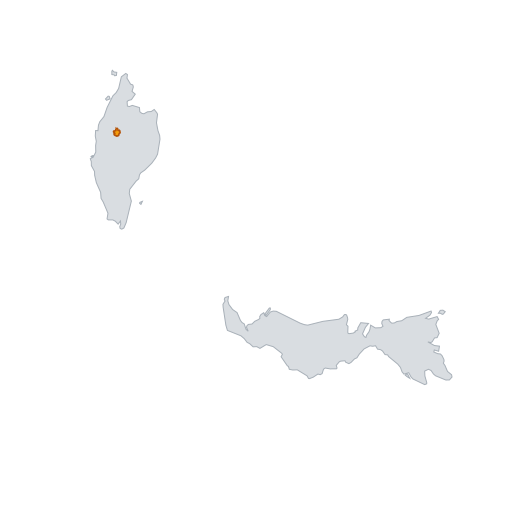 location of Cameron Highlands, Pahang, Malaysia, rotated 39°
{"feature_id": "92858781B10772357278230", "entity_name": "Cameron Highlands", "entity_type": "district", "adm_level": 2, "iso_a3": "MYS", "parent_name": "Malaysia", "parent_adm1": "Pahang", "projection": "mercator", "projection_center": [101.433, 4.47], "detail": "fine", "context": "in_parent", "style": "filled", "palette": "amber", "viewbox_px": 512, "rotation_deg": 39, "n_neighbors": 0, "source": "geoboundaries", "source_scale": "gbopen_adm2", "svg_char_len": 5135}
<svg xmlns="http://www.w3.org/2000/svg" viewBox="0 0 512 512"><g transform="rotate(39 256 256)"><path d="M445.3,254.7L442.4,254.1L438.4,251.7L434.2,250.8L422.3,250.7L420.6,250.0L418.3,251.4L414.1,250.2L411.7,250.4L409.1,251.9L405.4,250.5L403.5,252.7L401.1,254.1L398.5,260.1L398.0,267.2L398.5,271.6L397.3,274.0L396.8,279.0L395.9,281.2L392.5,282.1L391.1,281.4L388.0,284.4L387.3,285.7L387.2,290.5L389.5,292.1L389.5,293.1L384.6,297.1L380.3,299.5L379.7,301.5L381.4,305.8L380.6,307.8L378.4,308.8L376.7,314.2L374.7,317.7L373.9,318.1L371.0,317.0L359.7,318.5L356.4,321.4L353.2,323.1L350.7,321.4L349.4,321.6L338.9,318.5L338.4,315.9L337.4,315.4L326.5,315.6L319.7,318.4L317.2,325.3L313.6,326.0L310.9,328.4L306.2,328.1L303.4,328.7L298.8,327.6L294.5,327.5L280.6,331.8L276.1,328.7L262.6,316.4L260.7,314.3L260.3,310.5L258.8,309.8L258.3,308.9L258.1,307.7L260.1,304.7L262.3,308.6L265.6,310.8L271.5,312.3L276.9,311.9L284.5,315.9L287.0,316.5L289.6,316.2L294.4,319.3L297.3,319.4L293.4,317.3L292.8,315.6L293.2,313.9L295.7,311.4L296.1,307.6L297.9,303.8L298.3,302.1L297.0,300.7L296.7,298.4L297.7,295.2L300.3,296.8L302.4,296.4L302.4,290.5L304.0,288.0L306.6,286.2L332.6,280.4L336.8,278.9L339.7,277.2L349.1,264.7L360.2,253.0L361.7,248.8L361.6,245.9L362.3,245.2L363.5,244.8L365.9,246.3L367.2,247.5L369.5,252.5L371.7,252.7L375.3,257.5L376.2,258.1L377.2,257.8L380.1,254.7L380.9,252.4L380.3,252.1L381.6,249.5L380.4,247.8L379.4,241.9L385.9,237.6L385.9,242.5L387.8,249.5L391.0,250.5L392.7,250.1L391.8,248.0L391.5,243.8L390.6,241.1L388.6,237.6L394.0,236.8L398.2,233.1L398.9,230.7L396.2,229.3L395.1,227.5L395.1,225.6L399.4,221.2L399.9,222.4L402.6,222.8L403.9,222.7L405.7,220.9L406.7,218.3L410.0,214.6L411.8,208.8L420.1,199.6L426.7,188.6L428.0,189.5L428.4,192.5L427.0,197.7L429.9,196.4L434.9,189.1L437.8,190.3L437.6,192.3L438.8,196.0L447.0,200.8L448.1,205.5L446.3,207.3L446.9,211.8L446.3,213.3L443.6,214.6L451.0,213.3L455.3,210.6L457.9,215.1L453.7,216.8L454.6,218.7L458.6,217.6L461.0,216.1L463.4,216.4L467.2,218.2L468.3,219.3L469.1,221.4L471.8,222.2L477.5,225.2L482.7,225.2L484.5,226.7L484.3,230.6L481.6,232.9L470.9,236.1L468.1,236.0L464.1,234.8L461.3,235.5L459.5,239.3L462.8,243.0L468.3,246.9L469.1,247.9L468.0,249.8L455.4,252.8L452.8,252.5L448.1,250.6L445.3,254.7ZM38.6,201.5L39.9,196.1L41.9,195.9L43.8,199.0L50.4,201.4L52.5,200.6L53.4,201.1L54.3,201.9L56.1,206.1L60.3,206.2L60.8,212.9L58.9,215.5L58.7,217.2L61.7,220.4L63.5,219.6L65.1,216.8L72.0,214.0L74.9,217.0L77.5,217.0L79.4,216.0L80.9,212.3L83.7,209.6L84.7,206.2L88.8,207.1L90.3,207.8L94.8,215.1L100.8,220.2L105.3,223.0L107.9,225.7L115.4,238.8L116.3,243.0L116.6,249.5L115.5,259.2L114.1,264.0L114.4,266.3L116.3,269.8L115.7,273.2L115.9,283.6L118.2,287.2L124.6,291.8L134.1,311.8L135.7,317.4L134.8,319.6L133.1,320.1L131.7,319.0L130.8,316.3L128.6,314.1L128.8,318.0L124.7,317.5L121.9,318.1L118.5,320.9L116.9,320.9L114.0,315.9L103.3,310.2L99.3,308.7L95.2,304.3L85.8,299.5L79.8,294.8L77.3,291.9L71.2,289.4L68.6,286.3L66.0,284.7L67.3,281.7L66.1,276.1L61.8,271.0L59.7,267.4L55.6,263.9L52.4,259.4L54.3,258.1L51.2,253.4L50.1,249.9L50.1,243.4L46.8,234.2L44.0,221.5L44.5,217.1L43.8,212.2L38.6,201.5ZM435.2,184.5L433.8,185.7L433.4,182.3L435.3,180.5L438.1,180.2L438.1,183.2L437.5,184.1L435.2,184.5ZM32.2,200.9L33.9,203.5L32.7,204.9L31.7,204.5L29.8,205.7L27.8,203.3L27.5,202.1L29.9,202.3L32.2,200.9ZM301.2,295.6L300.5,295.9L299.4,295.1L299.1,288.0L299.9,287.4L300.9,288.8L301.2,295.6ZM43.7,225.7L41.9,229.0L40.2,228.7L40.5,224.8L41.5,224.3L43.7,225.7ZM452.5,254.3L449.3,254.7L447.0,254.7L447.3,252.8L448.4,252.5L452.5,254.3ZM134.1,288.3L132.4,288.3L132.0,287.4L133.3,285.0L134.1,288.3ZM66.5,282.3L65.3,282.7L65.5,281.2L66.3,280.4L66.5,282.3Z" fill="#d9dde1" stroke="#a8b0b8" stroke-width="1"/><path d="M67.8,244.3L67.7,244.4L67.6,244.5L67.4,244.7L67.3,244.8L67.2,244.8L67.3,244.9L67.3,245.0L67.3,245.3L67.4,245.6L67.3,245.8L67.4,246.0L67.5,246.1L67.6,246.3L67.8,246.3L68.0,246.4L68.0,246.5L68.1,246.8L67.9,246.9L67.9,247.0L67.7,247.0L67.4,247.1L67.5,247.1L67.6,247.3L67.5,247.5L67.4,247.6L67.4,247.8L67.3,248.0L67.2,248.1L66.9,248.2L66.8,248.3L66.8,248.5L67.0,248.5L67.3,248.6L67.3,248.8L67.2,248.9L67.2,249.0L67.3,249.0L67.4,249.3L67.5,249.3L67.7,249.2L67.8,249.1L68.0,249.1L68.3,249.2L68.5,249.3L68.7,249.5L68.7,249.4L68.8,249.4L69.0,249.5L69.3,249.6L69.4,249.8L69.2,250.0L69.2,250.3L69.1,250.5L68.9,250.5L69.0,250.6L69.3,250.8L69.4,251.0L69.6,251.0L69.9,251.1L70.1,251.0L70.3,251.0L70.6,251.0L70.7,250.9L70.9,250.9L71.1,250.9L71.3,250.8L71.4,250.7L71.6,250.7L71.8,250.6L72.0,250.4L72.1,250.2L72.4,250.3L72.5,250.4L72.7,250.2L72.9,249.8L72.9,249.6L73.0,249.4L73.2,249.2L73.3,249.1L73.2,248.9L73.2,248.7L73.1,248.4L73.2,248.2L72.9,248.1L72.8,247.9L72.8,247.7L72.8,247.4L72.6,247.1L72.6,246.9L72.8,246.6L72.9,246.3L72.9,246.1L72.8,245.7L72.7,245.6L72.5,245.4L72.4,245.3L72.4,245.2L72.2,245.1L71.9,245.2L71.8,244.8L71.7,244.7L71.4,244.5L71.3,244.4L71.2,244.3L70.9,244.4L70.7,244.3L70.6,244.5L70.4,244.6L70.2,244.8L70.1,245.1L69.8,245.2L69.7,245.2L69.5,244.9L69.4,244.9L69.2,244.7L68.9,244.5L68.8,244.4L68.6,244.3L68.4,244.2L68.4,244.3L68.1,244.4L67.9,244.3L67.8,244.3Z" fill="#f59e0b" stroke="#b45309" stroke-width="1.5"/></g></svg>